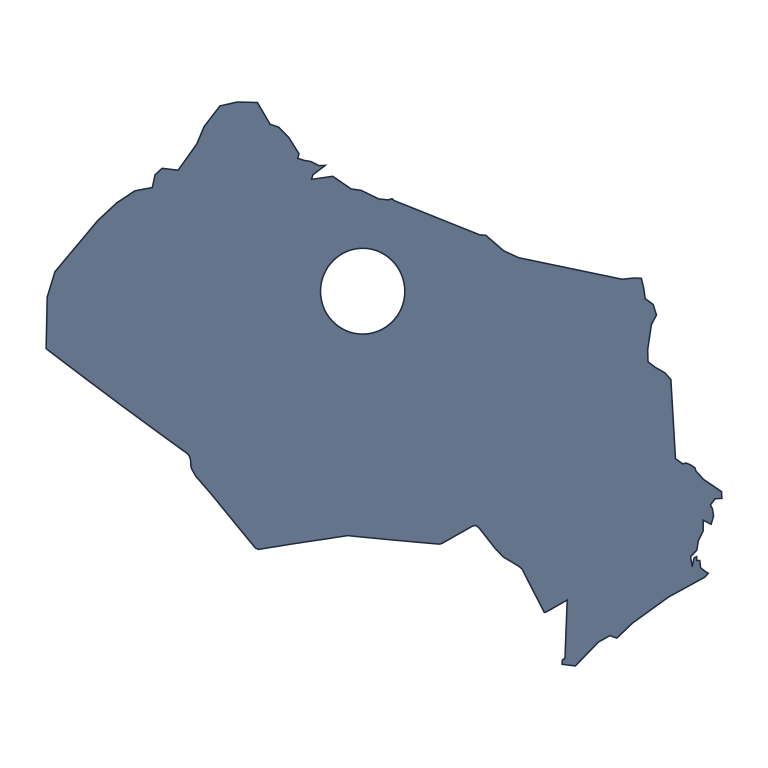 SVG path tracing the border of Qyzylorda
{"feature_id": "KAZ-3197", "entity_name": "Qyzylorda", "entity_type": "Region", "adm_level": 1, "iso_a3": "KAZ", "parent_name": "Kazakhstan", "parent_adm1": "", "projection": "albers", "projection_center": [63.953, 45.065], "detail": "fine", "context": "isolated", "style": "filled", "palette": "slate", "viewbox_px": 768, "rotation_deg": 0, "n_neighbors": 0, "source": "natural_earth", "source_scale": "10m", "svg_char_len": 3137}
<svg xmlns="http://www.w3.org/2000/svg" viewBox="0 0 768 768"><path d="M258.4,549.4L256.9,548.7L255.4,548.0L249.9,541.4L245.8,536.4L241.7,531.4L237.6,526.4L233.5,521.4L229.4,516.3L225.2,511.2L221.0,506.1L216.9,501.0L211.8,494.8L207.9,490.2L203.9,485.6L195.7,476.1L191.6,468.8L190.9,466.4L190.6,461.0L190.2,458.5L189.0,455.6L187.2,453.4L182.6,450.2L176.3,445.6L167.7,439.4L157.2,431.7L145.2,422.9L132.1,413.3L118.2,403.1L104.0,392.4L89.7,381.8L75.9,371.3L62.7,361.3L50.6,352.1L46.1,348.6L47.2,297.1L54.9,271.8L97.7,220.6L116.7,202.9L134.9,190.8L152.3,187.5L155.0,174.9L162.1,168.3L178.1,170.2L196.9,143.8L204.0,126.7L220.0,105.9L237.4,102.0L257.4,102.5L270.1,124.2L278.6,127.1L288.9,137.6L299.0,153.8L297.7,158.3L304.2,160.4L310.8,161.5L318.9,165.6L325.3,165.4L312.9,174.8L311.6,179.3L332.8,176.3L351.0,188.9L361.0,190.3L378.7,198.9L388.1,199.9L392.0,198.7L394.2,200.6L479.6,234.8L485.8,235.3L503.5,250.7L518.7,257.7L622.0,279.2L634.1,278.0L641.4,278.3L643.8,288.6L645.2,298.6L653.2,304.5L656.5,315.0L651.4,324.6L647.7,349.5L648.0,361.7L655.0,367.2L664.9,372.8L670.9,379.6L675.5,458.7L682.8,463.9L685.9,463.0L690.5,464.8L695.0,467.9L695.9,471.0L703.4,479.3L721.5,491.6L721.9,498.4L715.1,498.8L710.4,505.0L712.5,508.9L713.6,516.0L711.1,524.3L703.2,520.2L703.2,530.9L698.3,540.8L696.8,550.2L690.6,556.7L692.2,566.8L694.0,558.0L696.7,556.6L696.8,560.5L699.8,560.5L700.6,567.8L706.1,572.0L708.3,573.2L704.9,577.1L668.6,597.0L632.6,623.0L616.8,638.1L609.9,635.7L598.6,641.9L575.3,666.0L569.3,665.2L562.1,664.3L562.1,661.2L562.3,660.4L562.5,659.7L563.4,659.3L564.3,659.0L564.6,658.1L565.0,657.2L565.1,654.4L565.2,651.7L566.2,625.8L567.2,600.0L556.4,606.2L545.5,612.4L544.8,612.4L544.2,612.3L539.1,602.3L533.1,590.7L528.8,582.3L522.1,569.1L520.6,567.8L519.1,566.5L511.2,561.7L503.3,557.0L499.5,553.0L495.7,549.1L487.4,538.6L479.2,528.1L477.9,527.0L476.7,525.9L475.5,525.7L474.2,525.6L472.9,526.1L471.6,526.6L464.3,530.8L456.8,535.0L449.6,539.1L442.1,543.4L440.8,543.8L439.5,544.1L435.3,543.8L424.9,542.9L414.4,542.0L404.0,541.0L393.6,540.1L382.1,539.0L370.6,537.9L359.2,536.8L347.7,535.6L340.8,536.7L333.9,537.7L327.1,538.8L320.2,539.8L313.3,540.8L306.4,541.8L299.5,542.9L292.6,543.9L288.3,544.6L284.1,545.3L279.8,546.0L275.5,546.7L272.9,547.1L270.2,547.5L267.5,548.0L264.8,548.4L258.6,549.4L258.4,549.4ZM362.4,334.1L366.7,333.9L370.9,333.3L375.0,332.2L378.9,330.8L382.6,329.0L386.1,326.9L389.4,324.4L392.4,321.7L395.1,318.6L397.6,315.3L399.7,311.8L401.5,308.0L402.9,304.1L403.9,300.0L404.6,295.7L404.8,291.3L404.6,286.9L403.9,282.7L402.9,278.6L401.5,274.6L399.7,270.9L397.6,267.3L395.2,264.0L392.5,261.0L389.5,258.2L386.3,255.7L382.9,253.6L379.2,251.7L375.4,250.3L371.4,249.2L367.2,248.5L363.0,248.3L358.7,248.5L354.5,249.1L350.5,250.1L346.7,251.5L343.0,253.3L339.5,255.4L336.3,257.8L333.2,260.6L330.5,263.6L328.0,266.8L325.9,270.4L324.1,274.1L322.6,278.0L321.5,282.1L320.8,286.4L320.5,290.7L320.7,295.1L321.3,299.4L322.3,303.5L323.6,307.5L325.3,311.3L327.4,314.8L329.8,318.2L332.5,321.2L335.5,324.0L338.7,326.6L342.2,328.7L345.9,330.6L349.8,332.1L353.8,333.2L358.0,333.8L362.4,334.1Z" fill="#64748b" stroke="#1e293b" stroke-width="1.5"/></svg>